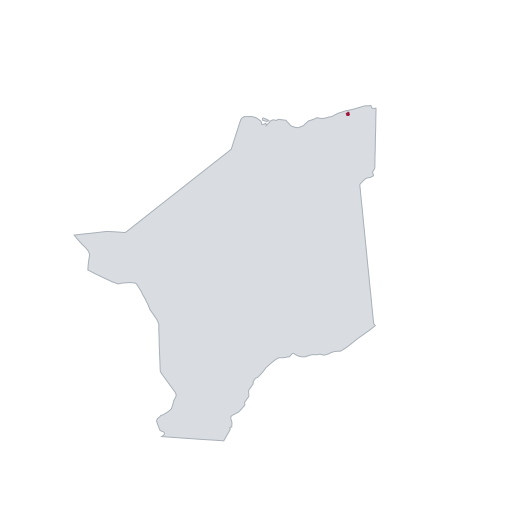 Jomvu, Coast, Kenya (highlighted), rotated 232°
{"feature_id": "3690345B21268923503814", "entity_name": "Jomvu", "entity_type": "district", "adm_level": 2, "iso_a3": "KEN", "parent_name": "Kenya", "parent_adm1": "Coast", "projection": "robinson", "projection_center": [39.609, -3.99], "detail": "fine", "context": "in_parent", "style": "filled", "palette": "rose", "viewbox_px": 512, "rotation_deg": 232, "n_neighbors": 0, "source": "geoboundaries", "source_scale": "gbopen_adm2", "svg_char_len": 3611}
<svg xmlns="http://www.w3.org/2000/svg" viewBox="0 0 512 512"><g transform="rotate(232 256 256)"><path d="M127.7,307.1L127.6,300.9L128.3,285.1L128.2,271.2L128.9,264.2L132.0,259.8L133.4,256.6L134.4,252.2L136.0,248.5L139.6,245.6L140.2,243.9L144.0,239.0L146.3,232.6L148.0,230.4L150.2,228.4L151.7,227.4L154.2,226.3L156.2,225.7L156.5,225.2L156.7,224.2L156.0,220.2L156.9,219.0L158.2,216.3L159.7,213.9L161.1,212.3L161.9,210.7L162.3,207.9L162.3,205.9L162.3,202.7L161.9,195.4L160.3,189.3L159.3,182.5L160.0,180.2L158.7,176.2L158.1,176.0L157.1,175.1L155.8,171.3L154.8,167.9L154.2,167.0L149.8,164.0L147.7,156.9L145.3,155.3L144.0,148.2L143.8,146.2L145.1,139.2L145.0,137.6L143.6,136.1L139.5,134.5L136.2,131.6L136.7,130.6L136.9,129.6L135.2,128.9L130.2,116.8L136.7,109.6L143.2,102.2L151.6,92.9L159.2,84.4L165.9,77.0L171.8,70.5L171.7,71.7L171.7,73.4L172.4,74.4L173.6,75.1L175.3,74.4L176.8,73.3L178.2,73.1L187.1,75.9L188.6,78.2L188.5,80.8L188.9,82.7L188.2,84.5L187.4,90.2L187.7,95.4L190.3,99.2L192.7,102.2L194.6,106.5L196.0,107.8L197.9,108.4L204.0,108.6L213.0,108.9L221.7,109.2L222.5,109.3L224.4,109.8L232.4,115.6L239.7,120.8L245.9,125.3L251.9,129.8L257.8,134.1L262.3,137.6L266.8,138.7L274.1,139.2L279.1,139.4L283.8,140.9L290.7,142.3L295.8,143.0L299.0,143.8L307.6,144.6L309.0,144.2L312.8,140.2L317.1,133.8L318.8,130.2L324.3,126.7L334.0,121.8L340.9,118.4L348.5,114.9L351.9,117.9L356.7,122.7L358.8,125.1L360.5,126.2L363.1,126.9L366.3,126.9L368.0,126.8L371.5,126.2L379.7,125.6L384.4,125.6L380.5,132.1L375.7,139.7L367.0,153.9L360.4,161.4L355.3,167.0L354.9,168.0L354.9,174.3L355.0,189.6L355.1,220.4L355.2,251.1L355.3,281.8L355.3,297.1L355.4,302.3L359.8,308.7L364.1,315.0L369.8,323.4L372.8,327.9L373.3,329.4L373.2,332.3L368.5,338.6L364.6,341.4L359.5,342.8L357.9,342.5L355.9,341.6L355.1,343.1L354.5,345.5L353.3,345.0L352.5,344.3L353.0,348.5L353.5,350.5L352.8,353.3L350.2,355.7L350.0,357.7L344.6,363.1L336.9,363.7L332.8,366.4L331.0,368.5L329.6,373.3L330.1,380.6L328.0,386.2L327.6,389.0L323.6,392.7L321.8,396.0L320.5,399.4L319.4,400.9L318.0,408.5L316.2,413.2L315.7,414.7L315.2,416.1L313.8,418.8L312.9,420.7L312.2,421.9L307.5,433.8L303.8,439.1L300.9,438.5L299.0,440.6L298.8,441.5L297.8,441.0L295.4,439.0L290.5,435.0L285.5,431.0L280.6,427.0L275.7,422.9L270.7,418.9L265.8,414.9L260.9,410.8L255.9,406.8L253.0,404.5L251.7,403.1L250.7,400.3L250.3,399.6L248.9,398.7L247.4,398.5L246.9,398.0L247.0,396.7L247.5,394.7L249.3,391.0L249.5,388.9L249.2,386.4L248.6,382.4L248.1,381.5L244.8,379.5L238.0,375.1L231.1,370.8L224.2,366.5L217.4,362.1L210.5,357.8L203.7,353.5L196.8,349.1L189.9,344.8L183.1,340.4L176.2,336.1L169.4,331.8L162.5,327.4L155.6,323.1L148.8,318.8L141.9,314.4L135.0,310.1L132.5,308.5L130.1,307.1L127.7,307.1ZM355.8,349.2L354.7,349.5L355.3,347.4L358.8,344.8L360.2,345.4L360.5,346.0L360.4,346.5L359.8,347.1L355.8,349.2Z" fill="#d9dde1" stroke="#a8b0b8" stroke-width="1"/><path d="M312.6,417.4L312.4,417.3L312.4,417.2L312.3,416.9L312.2,416.7L312.2,416.4L312.1,416.2L312.2,415.9L312.0,416.0L312.0,415.9L311.9,415.9L311.9,416.0L311.7,416.0L311.6,415.9L311.5,415.7L311.4,415.7L311.2,415.7L311.1,415.8L310.9,415.8L310.7,416.0L310.7,415.9L310.8,415.8L310.9,415.7L311.0,415.7L311.3,415.5L311.3,415.4L311.2,415.3L311.2,415.2L311.3,415.1L311.2,415.1L311.1,414.9L311.3,414.8L311.3,414.7L311.2,414.7L310.9,414.5L310.7,414.8L310.5,415.0L310.4,415.2L310.3,415.3L310.2,415.3L310.0,415.5L310.1,415.9L310.0,416.0L310.2,416.3L310.3,416.4L310.3,416.5L310.5,416.6L310.8,416.5L311.0,416.5L311.3,416.8L311.5,416.9L311.6,417.0L311.8,417.2L311.9,417.3L312.0,417.3L312.3,417.3L312.5,417.4L312.6,417.4Z" fill="#f43f5e" stroke="#9f1239" stroke-width="1.5"/></g></svg>